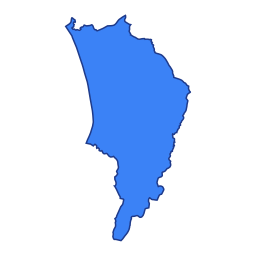 outline of Ky Son, Hòa Bình, Vietnam
{"feature_id": "81297802B6810559606516", "entity_name": "Ky Son", "entity_type": "district", "adm_level": 2, "iso_a3": "VNM", "parent_name": "Vietnam", "parent_adm1": "Hòa Bình", "projection": "mercator", "projection_center": [105.394, 20.901], "detail": "fine", "context": "isolated", "style": "filled", "palette": "blue", "viewbox_px": 256, "rotation_deg": 0, "n_neighbors": 0, "source": "geoboundaries", "source_scale": "gbopen_adm2", "svg_char_len": 5696}
<svg xmlns="http://www.w3.org/2000/svg" viewBox="0 0 256 256"><path d="M65.7,26.4L71.9,35.8L72.5,37.7L76.6,47.6L81.7,63.0L81.9,63.4L83.2,67.7L84.7,73.3L87.3,81.9L88.1,85.8L90.4,99.6L92.4,110.7L92.9,115.2L93.3,121.2L93.3,122.3L92.6,126.2L90.5,133.0L89.2,136.2L87.5,139.9L86.2,143.2L89.8,144.0L90.4,144.0L93.3,145.9L94.7,144.4L94.9,144.3L95.3,144.4L96.7,145.8L96.6,147.7L96.7,148.0L96.8,148.3L98.0,147.7L99.2,148.8L99.3,149.0L99.3,149.4L99.1,150.0L99.1,150.3L99.2,150.5L99.4,150.7L101.0,151.1L101.8,150.7L102.4,151.4L102.6,152.4L103.3,153.3L103.9,153.7L104.4,153.8L106.1,153.5L106.8,153.5L107.2,153.8L108.9,156.0L109.8,156.6L110.6,157.0L112.0,156.9L113.6,156.4L114.9,157.9L115.8,158.5L116.0,158.9L116.2,159.0L117.2,160.4L117.6,161.3L117.8,162.3L118.0,164.5L118.5,167.1L118.4,167.7L118.2,168.5L117.7,169.5L117.0,170.5L116.6,171.5L117.0,172.3L117.6,173.7L117.6,174.0L116.5,175.5L115.7,176.3L114.9,176.8L114.8,177.2L114.9,179.5L115.8,181.6L116.1,183.0L116.0,184.2L115.7,185.1L115.0,185.9L114.5,186.0L114.8,186.3L116.4,189.2L119.0,194.8L120.2,196.8L120.2,198.4L122.9,199.0L123.4,199.2L123.7,199.6L123.5,200.8L123.0,203.3L122.5,204.7L121.8,205.4L121.2,206.3L120.8,206.7L116.7,215.9L116.4,217.3L114.9,218.7L115.6,220.0L115.7,220.3L115.6,221.2L115.8,221.6L115.3,222.5L115.3,222.9L115.5,223.8L115.6,225.1L115.5,226.2L115.4,226.8L114.0,229.3L113.3,231.4L113.0,232.6L113.3,233.6L113.3,234.1L113.1,235.3L112.9,236.6L113.1,237.4L113.3,238.0L113.6,238.7L114.2,239.4L115.9,239.4L121.0,240.6L122.6,239.0L125.1,235.6L126.3,234.2L127.1,233.0L127.5,232.7L127.7,232.0L128.3,231.1L129.1,229.3L129.6,227.2L129.7,226.1L130.1,225.2L130.1,224.0L130.4,221.7L131.0,219.5L131.4,218.9L131.4,218.4L131.2,217.8L131.3,217.4L131.7,216.8L132.3,216.4L134.0,216.3L135.0,216.1L135.9,215.8L136.8,215.6L137.4,215.6L138.1,216.0L139.7,217.2L140.6,217.3L141.1,217.2L141.9,216.8L142.3,216.3L143.1,215.4L143.3,214.8L143.9,213.5L145.0,209.4L145.2,208.9L145.7,208.5L146.7,208.3L148.8,207.8L149.0,206.3L149.3,204.0L149.3,203.4L148.5,201.4L148.5,200.7L148.6,200.1L148.6,199.4L148.8,198.9L149.5,197.8L149.9,197.9L151.5,199.3L152.4,199.6L153.2,199.6L155.6,200.0L157.1,200.1L157.3,199.9L157.9,198.2L159.0,195.8L159.3,195.2L159.9,194.7L160.9,194.3L161.5,194.2L161.9,193.7L163.4,190.6L163.8,189.8L163.7,188.8L162.8,187.1L162.4,186.7L161.4,186.2L160.5,186.0L159.7,186.0L158.3,186.5L157.2,183.4L157.0,182.5L157.1,181.8L158.1,178.3L158.7,177.7L159.9,177.2L161.2,176.8L162.1,176.0L162.3,175.5L162.1,172.9L162.1,172.6L162.3,172.3L164.7,171.3L165.4,170.8L165.8,170.2L167.2,168.5L168.2,168.2L169.7,167.2L170.0,166.8L170.5,165.8L170.7,165.0L170.6,163.9L170.3,163.1L170.3,162.1L170.6,161.5L170.6,161.2L169.8,160.5L169.2,159.8L168.8,159.1L168.8,158.5L170.2,156.4L170.4,155.7L170.0,154.3L170.0,154.0L170.2,153.7L170.8,152.8L171.0,151.8L171.2,151.5L171.9,151.5L172.3,151.3L172.1,150.8L172.5,150.2L173.0,148.8L173.6,147.7L173.6,147.1L173.4,146.6L173.4,146.4L173.6,146.1L174.2,146.0L174.4,145.8L174.4,145.6L174.3,145.3L173.6,145.3L173.5,145.1L173.9,143.8L173.9,143.4L173.9,142.2L174.1,142.0L174.6,142.2L174.8,142.1L174.4,141.4L174.5,139.4L174.4,138.7L174.0,138.4L173.1,137.9L172.8,137.4L172.8,136.0L172.5,135.1L172.5,134.5L172.8,133.9L173.1,134.1L173.4,134.3L173.7,134.4L174.2,134.3L174.5,134.0L174.7,133.5L175.2,133.0L175.7,132.8L176.3,132.5L176.8,132.5L176.9,131.5L177.0,131.3L177.5,130.7L177.7,129.6L179.0,128.2L179.2,127.9L179.3,127.4L179.3,126.0L179.6,125.7L180.5,125.2L180.5,124.7L180.2,123.8L180.2,123.5L180.5,123.1L181.1,122.5L181.4,122.0L181.7,121.0L183.1,119.3L183.6,118.3L183.7,117.9L183.6,117.1L182.8,115.9L182.8,115.5L183.2,115.0L183.8,114.3L183.9,113.6L185.5,111.4L186.1,110.1L186.8,106.6L187.1,104.1L187.8,101.0L187.8,100.6L186.4,98.7L186.2,98.4L186.2,98.0L186.9,95.7L187.3,94.7L188.2,93.6L190.1,92.4L190.3,92.1L190.2,91.8L189.6,91.2L189.2,90.5L188.7,89.2L188.5,88.4L188.7,86.2L187.0,85.3L185.5,83.2L184.6,82.8L183.6,82.2L183.3,81.7L181.6,80.2L179.6,79.3L173.8,77.4L173.7,75.9L172.6,73.2L172.6,71.3L172.2,70.2L170.2,66.9L169.0,65.4L167.6,62.6L166.6,60.9L166.1,60.0L165.0,58.4L163.3,56.5L161.8,55.2L161.0,54.7L158.4,53.8L157.1,53.5L155.7,53.0L155.0,52.6L154.8,52.3L154.9,52.1L154.8,51.6L154.4,51.1L154.2,50.7L154.3,49.2L154.2,48.8L154.0,48.3L153.4,47.2L153.3,46.8L153.2,45.7L153.5,45.4L153.5,45.1L153.2,44.8L152.7,44.5L151.9,43.7L151.8,43.1L152.2,42.7L151.9,42.4L151.7,41.8L151.3,41.8L151.1,41.2L151.4,40.1L151.4,39.7L150.9,39.5L150.2,39.4L149.7,39.6L147.9,39.2L146.0,39.2L145.0,39.3L144.9,39.3L144.6,38.7L144.1,38.5L143.3,38.7L142.3,38.7L139.7,39.2L138.9,39.2L137.9,39.0L135.8,37.7L135.6,37.5L134.1,36.9L133.0,36.3L132.1,35.8L131.3,35.1L131.0,35.0L130.5,34.9L130.6,34.4L130.6,34.0L129.2,31.5L129.2,30.9L129.5,29.9L129.6,29.1L129.5,27.4L129.6,26.4L129.8,25.9L130.7,24.6L129.5,24.4L128.6,23.9L125.5,22.0L124.9,21.4L124.7,21.0L124.7,19.3L125.4,18.1L125.6,17.7L125.6,15.8L125.4,15.4L122.6,17.0L119.1,19.5L118.1,20.6L116.1,23.4L115.0,24.5L114.1,25.1L112.8,25.5L111.3,25.7L107.5,25.9L103.0,28.4L99.8,29.8L97.6,30.7L97.0,30.7L96.4,30.5L96.1,29.8L95.9,29.7L94.7,29.6L93.9,28.6L92.9,25.9L92.3,25.1L91.9,24.9L91.7,24.8L90.0,25.5L86.7,25.9L85.9,25.7L84.2,25.1L83.5,26.2L83.0,26.7L82.8,26.9L82.4,27.0L81.4,27.1L80.3,28.0L80.2,28.2L80.2,28.4L80.7,28.6L80.9,28.8L81.0,29.1L80.7,29.5L79.7,30.3L79.2,30.3L77.0,29.6L76.3,30.0L75.8,30.1L75.2,29.8L74.4,29.1L74.0,29.1L73.4,29.3L73.0,29.3L72.7,28.9L72.4,28.2L72.0,28.1L72.1,27.6L72.4,27.3L73.3,27.1L73.6,26.8L73.8,26.0L73.7,25.4L74.1,24.9L74.2,24.7L73.8,24.4L73.5,24.0L73.4,23.5L73.5,22.6L73.7,22.2L74.2,21.9L74.5,21.9L75.0,22.3L75.3,22.0L75.3,21.4L74.8,19.7L74.3,19.5L73.5,19.0L72.8,18.3L72.0,17.8L71.8,17.9L71.5,18.7L71.1,21.5L70.6,22.7L69.4,23.9L65.7,26.4Z" fill="#3b82f6" stroke="#1e3a8a" stroke-width="1.5"/></svg>